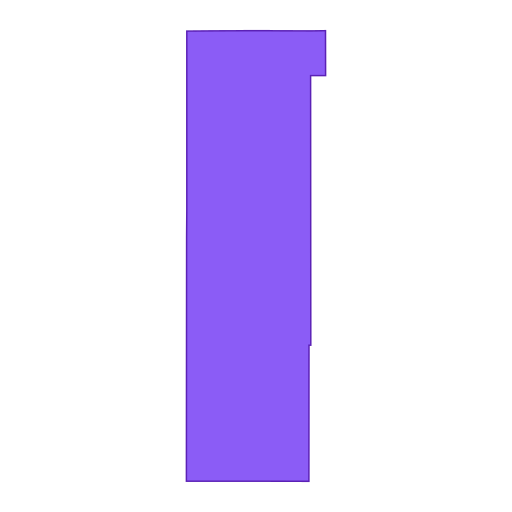 the district of Washington, Oklahoma, United States of America
{"feature_id": "52423323B53714318951384", "entity_name": "Washington", "entity_type": "district", "adm_level": 2, "iso_a3": "USA", "parent_name": "United States of America", "parent_adm1": "Oklahoma", "projection": "robinson", "projection_center": [-95.895, 36.711], "detail": "fine", "context": "isolated", "style": "filled", "palette": "violet", "viewbox_px": 512, "rotation_deg": 0, "n_neighbors": 0, "source": "geoboundaries", "source_scale": "gbopen_adm2", "svg_char_len": 406}
<svg xmlns="http://www.w3.org/2000/svg" viewBox="0 0 512 512"><path d="M186.8,31.1L186.8,210.0L186.6,236.6L186.4,468.6L186.4,481.2L238.9,481.2L262.4,481.2L308.9,481.3L309.0,345.2L310.8,345.2L310.7,220.4L310.6,75.6L325.6,75.6L325.5,30.7L311.8,30.9L273.6,30.8L269.0,30.7L268.2,30.7L266.9,30.7L245.5,30.7L233.9,30.8L228.2,30.8L210.5,30.9L186.8,31.1Z" fill="#8b5cf6" stroke="#5b21b6" stroke-width="1.5"/></svg>